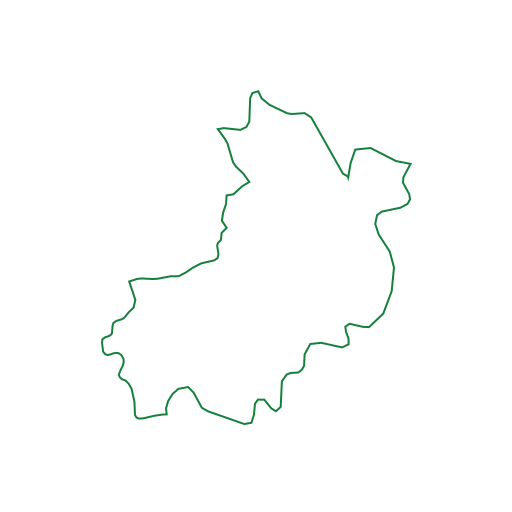 the Metropolitan department of Rhône, rotated 245°
{"feature_id": "FRA-5338", "entity_name": "Rhône", "entity_type": "Metropolitan department", "adm_level": 1, "iso_a3": "FRA", "parent_name": "France", "parent_adm1": "", "projection": "natural_earth1", "projection_center": [4.648, 45.872], "detail": "fine", "context": "isolated", "style": "outline", "palette": "green", "viewbox_px": 512, "rotation_deg": 245, "n_neighbors": 0, "source": "natural_earth", "source_scale": "10m", "svg_char_len": 1837}
<svg xmlns="http://www.w3.org/2000/svg" viewBox="0 0 512 512"><g transform="rotate(245 256 256)"><path d="M286.5,130.3L285.4,138.8L284.0,142.8L278.7,152.8L277.0,157.1L273.7,170.0L270.4,177.3L270.7,185.3L272.1,193.8L272.5,203.1L269.7,216.2L270.3,220.2L273.2,222.6L282.1,225.3L284.0,227.2L285.4,231.0L291.5,234.6L293.9,241.3L302.4,240.0L309.4,244.7L316.0,251.0L323.3,254.9L321.5,261.6L325.1,273.1L325.9,281.2L335.8,279.4L345.3,275.7L350.7,274.8L369.9,277.7L375.6,277.3L387.1,275.0L385.5,280.9L376.9,295.2L377.0,301.8L380.6,306.7L401.5,317.4L405.2,321.6L404.4,327.7L396.5,327.7L387.5,332.0L372.2,344.5L369.6,348.4L364.9,360.5L358.2,364.6L293.9,369.6L289.4,372.8L288.2,372.7L300.3,381.1L310.5,390.9L305.5,405.4L282.9,423.0L274.2,435.0L265.1,422.9L260.3,420.2L247.4,421.0L242.3,419.6L239.2,415.4L238.7,407.4L243.1,388.7L241.8,382.9L234.6,377.6L223.5,376.3L203.4,379.1L187.3,376.2L166.9,364.2L150.0,347.0L143.8,328.5L146.5,323.1L155.0,312.2L154.2,307.1L149.2,305.5L142.2,305.0L136.8,302.6L136.8,295.3L149.8,278.4L153.3,268.0L146.2,258.4L136.2,253.2L133.6,249.6L132.5,245.1L135.3,238.1L135.6,233.7L131.5,226.5L108.8,214.6L106.9,208.5L111.3,205.5L122.3,202.8L125.0,197.1L122.5,192.6L113.2,187.2L106.8,181.4L108.7,174.3L135.6,146.8L141.3,142.8L158.6,141.7L166.0,139.1L168.4,129.5L166.2,122.0L161.7,115.1L156.0,110.1L150.2,108.1L151.7,104.6L154.3,95.8L156.4,85.7L157.2,83.3L158.3,80.9L160.2,79.4L163.0,79.1L175.2,84.2L188.1,87.1L194.2,86.6L198.5,85.0L200.6,82.7L203.3,81.4L206.3,81.4L209.8,85.0L212.1,88.0L215.1,90.9L218.6,92.4L223.2,92.1L226.0,90.4L227.5,87.9L228.1,85.3L228.3,82.5L228.9,79.8L230.6,77.9L233.9,77.0L242.7,79.9L245.4,81.6L246.1,85.1L245.7,87.8L245.7,90.6L246.8,92.8L253.4,96.5L255.6,98.6L256.2,102.2L255.3,108.1L256.0,111.0L258.9,117.1L260.9,123.2L267.2,128.1L286.5,130.3Z" fill="none" stroke="#15803d" stroke-width="2"/></g></svg>